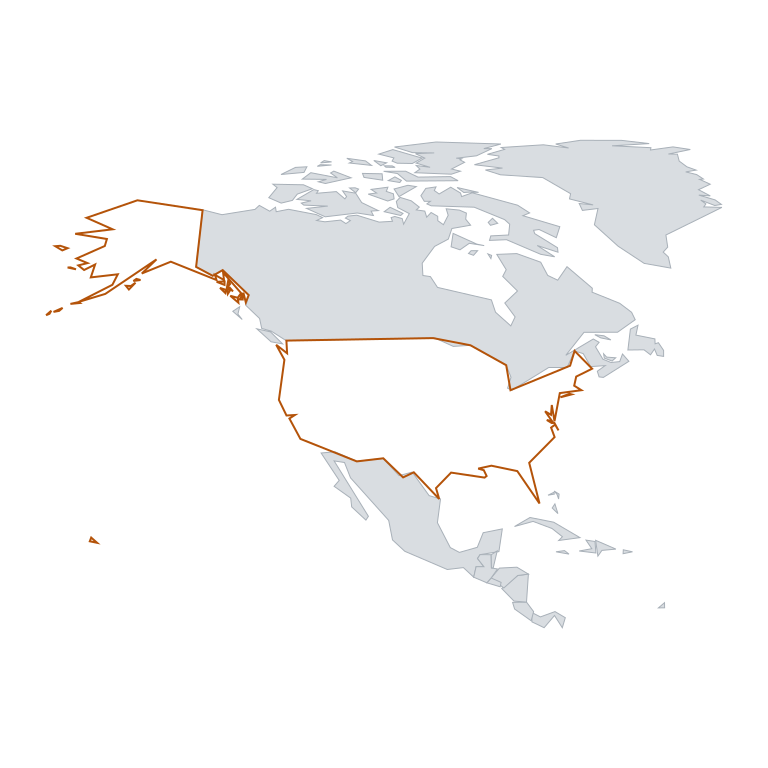 United States of America on a map of North America (Robinson projection)
{"feature_id": "USA", "entity_name": "United States of America", "entity_type": "country or territory", "adm_level": 0, "iso_a3": "USA", "parent_name": "North America", "parent_adm1": "", "projection": "robinson", "projection_center": [-126.716, 45.186], "detail": "medium", "context": "in_parent", "style": "outline", "palette": "amber", "viewbox_px": 768, "rotation_deg": 0, "n_neighbors": 17, "source": "natural_earth", "source_scale": "50m", "svg_char_len": 9319}
<svg xmlns="http://www.w3.org/2000/svg" viewBox="0 0 768 768"><path d="M286.1,340.6L271.2,331.1L261.7,328.4L259.6,318.5L246.0,305.5L248.8,295.0L222.7,270.1L212.7,275.8L196.1,266.8L202.7,209.8L222.0,214.7L255.0,209.4L259.3,205.4L269.7,211.2L275.5,207.2L276.2,211.7L288.5,209.3L316.3,214.6L322.6,217.6L316.6,220.5L324.9,221.8L340.6,220.1L345.9,223.6L350.4,220.6L345.4,218.1L348.0,216.1L356.8,215.2L379.1,222.1L392.5,221.3L391.1,217.6L394.8,216.5L402.2,218.6L403.6,224.2L409.3,213.6L397.8,207.6L396.3,201.5L400.1,197.4L411.2,200.8L419.3,207.1L416.3,209.9L424.8,211.1L426.7,217.2L431.1,212.5L437.7,216.3L437.8,220.7L443.4,224.7L448.2,215.3L446.2,208.8L459.4,210.1L466.4,213.1L465.7,219.2L470.6,225.2L451.9,228.5L448.3,239.1L434.6,246.4L422.2,263.2L422.9,275.5L430.4,276.6L437.5,287.4L491.4,299.9L495.5,312.2L510.8,325.9L515.1,316.9L504.8,303.0L517.5,291.0L502.7,276.4L506.2,269.7L496.8,254.4L516.8,253.6L540.7,262.2L547.7,275.4L557.7,280.2L567.0,266.7L592.3,288.2L592.1,292.2L619.7,303.3L631.6,312.3L635.2,319.7L617.6,332.2L584.0,332.3L565.8,355.3L593.3,339.0L599.1,342.3L595.5,346.8L602.9,359.2L611.0,362.5L619.7,361.6L622.5,354.0L628.9,361.3L603.4,377.4L599.1,376.9L597.3,371.2L605.2,365.6L590.7,366.6L583.2,353.6L574.6,351.0L567.1,367.5L548.7,367.5L511.9,390.2L507.6,388.2L511.0,377.3L506.2,365.2L470.5,345.3L453.3,346.4L434.9,338.0L286.1,340.6ZM468.5,253.5L471.1,250.7L477.6,250.7L473.5,255.3L468.5,253.5ZM463.8,192.5L457.1,187.5L478.6,192.4L469.5,192.1L463.8,192.5ZM490.9,258.6L487.9,253.9L491.6,255.4L490.9,258.6ZM401.4,180.4L399.8,182.5L388.3,180.6L394.9,176.9L401.4,180.4ZM395.1,167.4L385.9,167.2L384.3,165.8L392.2,165.9L395.1,167.4ZM373.8,160.5L386.6,162.8L380.8,165.7L373.8,160.5ZM458.1,180.7L406.5,181.1L397.4,173.5L383.6,171.3L405.6,171.2L418.0,177.1L450.5,176.6L458.1,180.7ZM320.2,164.7L331.5,165.0L317.3,166.3L320.2,164.7ZM324.2,160.6L331.6,161.9L320.6,162.9L324.2,160.6ZM638.0,325.2L635.9,335.1L654.9,338.9L655.1,343.8L658.4,342.7L663.6,350.4L663.6,356.4L657.2,355.4L654.5,349.0L650.5,354.8L644.0,349.8L627.9,350.0L630.4,329.1L638.0,325.2ZM453.1,233.4L476.8,244.1L484.2,245.6L469.3,243.3L460.0,249.8L451.1,246.8L453.1,233.4ZM461.6,196.6L472.2,192.8L517.6,205.2L529.6,212.9L522.9,215.7L559.8,226.7L556.3,237.7L539.1,229.5L533.6,230.3L534.7,233.6L557.5,247.7L558.0,252.2L537.2,245.5L554.7,256.8L540.7,254.3L506.5,239.7L489.5,240.4L490.8,235.9L508.6,235.0L509.7,224.2L504.6,219.6L474.2,207.2L431.2,205.8L426.9,203.9L430.4,201.3L424.3,201.3L420.9,195.7L425.8,188.4L436.0,186.9L434.3,190.5L439.1,194.0L450.7,187.2L460.5,193.0L461.6,196.6ZM394.1,189.0L407.9,185.3L416.3,186.6L399.0,196.6L394.1,189.0ZM281.0,174.5L295.5,167.4L306.9,166.8L304.0,172.4L281.0,174.5ZM232.8,311.3L239.7,306.7L237.9,314.1L242.2,319.5L232.8,311.3ZM346.8,158.3L365.5,160.9L371.5,165.4L349.3,163.0L352.6,161.5L346.8,158.3ZM282.6,343.9L271.1,341.8L256.8,328.8L270.5,331.9L282.6,343.9ZM272.9,184.2L303.5,184.8L312.4,188.7L297.3,194.1L292.4,200.4L281.2,203.1L268.8,197.7L277.1,187.6L272.9,184.2ZM333.8,171.1L351.1,177.8L325.4,183.5L318.4,181.8L326.5,179.4L302.3,179.1L310.8,172.7L337.4,177.8L330.6,173.0L333.8,171.1ZM342.6,190.9L355.7,193.2L361.7,202.6L378.3,210.6L371.1,211.1L373.4,215.5L357.2,213.0L325.2,216.8L306.6,208.4L327.8,206.1L303.8,205.1L301.3,203.1L311.1,200.8L296.9,199.4L313.8,189.6L318.3,190.7L316.5,193.3L336.3,191.6L344.9,198.9L346.6,196.6L342.6,190.9ZM376.6,193.0L371.1,189.4L387.9,187.2L386.3,191.4L393.4,193.8L394.1,198.9L387.7,201.0L368.2,194.1L376.6,193.0ZM349.6,188.0L355.1,187.8L358.6,189.1L355.7,192.7L349.6,188.0ZM362.5,173.4L382.1,173.8L382.7,180.2L364.0,177.4L362.5,173.4ZM378.8,154.1L392.8,149.6L422.1,158.1L412.3,163.5L397.2,163.2L392.1,161.1L393.9,157.9L378.8,154.1ZM394.5,147.0L436.1,142.0L500.9,144.0L483.8,148.6L491.9,148.6L476.5,155.8L456.2,158.2L461.9,158.8L459.9,159.8L464.6,162.3L451.6,169.0L460.4,171.2L451.4,174.2L414.8,172.7L419.9,169.1L416.2,165.5L430.1,167.3L416.2,163.1L424.8,158.1L415.5,153.7L434.2,152.9L412.4,152.6L394.5,147.0ZM497.7,223.3L490.5,225.3L488.2,222.4L492.5,218.3L497.7,223.3ZM390.1,207.3L403.0,213.4L400.7,215.5L384.2,211.7L390.1,207.3ZM594.8,334.7L604.0,335.8L610.9,339.9L600.8,337.9L594.8,334.7ZM603.6,353.8L606.6,357.1L615.7,357.8L612.1,361.0L604.3,358.1L603.6,353.8Z" fill="#d9dde1" stroke="#a8b0b8" stroke-width="1"/><path d="M595.0,541.5L595.9,553.0L579.2,551.0L591.8,548.7L586.0,540.1L595.0,541.5Z" fill="#d9dde1" stroke="#a8b0b8" stroke-width="1"/><path d="M597.9,556.1L595.6,540.3L615.9,549.1L601.9,550.4L597.9,556.1Z" fill="#d9dde1" stroke="#a8b0b8" stroke-width="1"/><path d="M548.0,495.2L553.9,492.3L554.3,494.1L548.0,495.2ZM554.1,491.0L559.1,494.1L558.6,499.0L557.1,494.5L554.1,491.0ZM552.2,508.0L554.9,503.9L557.9,513.6L552.2,508.0Z" fill="#d9dde1" stroke="#a8b0b8" stroke-width="1"/><path d="M555.7,144.0L580.4,140.3L621.8,140.4L649.2,143.6L612.1,145.8L650.9,147.7L650.5,150.0L673.0,146.9L690.3,149.5L668.4,154.0L677.4,154.2L679.2,161.1L686.9,166.8L696.1,170.1L685.7,171.9L696.7,174.6L703.4,179.0L699.6,179.4L710.2,184.2L698.5,189.7L710.3,195.9L698.8,195.1L715.1,199.9L721.4,204.4L714.8,205.5L700.7,200.1L705.9,203.9L703.8,206.9L721.9,207.4L665.9,235.0L667.7,247.1L663.2,252.1L668.3,256.9L670.8,268.1L644.2,263.4L618.1,246.2L594.4,224.8L598.0,208.5L582.4,210.4L579.2,203.5L593.1,204.9L569.5,198.9L570.6,193.7L542.8,177.6L500.5,174.8L485.4,170.0L502.5,168.1L474.4,164.7L498.9,157.8L498.9,156.0L487.4,154.3L504.6,149.4L501.3,147.5L543.4,144.8L568.6,148.0L555.7,144.0Z" fill="#d9dde1" stroke="#a8b0b8" stroke-width="1"/><path d="M321.1,453.0L335.0,451.8L356.9,461.3L383.0,458.4L399.0,475.6L412.2,472.1L429.1,495.6L440.5,499.0L437.4,522.7L450.3,547.6L459.4,552.4L477.3,547.3L483.2,532.7L502.3,528.9L498.9,551.6L480.1,554.6L477.5,558.5L483.9,566.7L476.1,566.7L473.7,577.2L463.4,567.6L447.3,569.5L404.8,551.3L392.5,539.9L388.7,520.4L350.5,477.8L344.5,462.5L334.1,460.9L368.4,516.3L365.9,520.1L351.7,506.9L350.7,498.1L334.1,486.3L339.2,480.4L321.1,453.0Z" fill="#d9dde1" stroke="#a8b0b8" stroke-width="1"/><path d="M565.3,617.7L562.3,627.7L554.5,615.5L544.1,627.7L532.0,621.9L531.2,612.2L540.4,616.9L555.0,611.6L565.3,617.7Z" fill="#d9dde1" stroke="#a8b0b8" stroke-width="1"/><path d="M533.6,611.6L531.2,620.8L514.6,609.0L512.6,602.4L526.5,602.1L533.6,611.6Z" fill="#d9dde1" stroke="#a8b0b8" stroke-width="1"/><path d="M526.5,602.1L514.0,601.1L501.7,588.5L517.7,575.5L528.4,574.1L526.5,602.1Z" fill="#d9dde1" stroke="#a8b0b8" stroke-width="1"/><path d="M528.4,574.1L517.7,575.5L503.8,588.0L491.1,578.0L499.4,568.1L516.9,567.2L528.4,574.1Z" fill="#d9dde1" stroke="#a8b0b8" stroke-width="1"/><path d="M491.1,578.0L501.1,582.4L500.2,586.8L486.8,582.8L491.1,578.0Z" fill="#d9dde1" stroke="#a8b0b8" stroke-width="1"/><path d="M473.7,577.2L476.1,566.7L483.9,566.7L477.5,558.5L480.1,554.6L491.2,554.7L491.4,567.9L497.5,569.0L491.1,578.0L486.8,582.8L473.7,577.2Z" fill="#d9dde1" stroke="#a8b0b8" stroke-width="1"/><path d="M491.2,554.7L497.2,550.9L493.2,567.9L491.4,567.9L491.2,554.7Z" fill="#d9dde1" stroke="#a8b0b8" stroke-width="1"/><path d="M623.3,549.8L632.5,551.8L623.1,553.7L623.3,549.8Z" fill="#d9dde1" stroke="#a8b0b8" stroke-width="1"/><path d="M556.0,551.8L564.5,550.6L569.0,554.1L556.0,551.8Z" fill="#d9dde1" stroke="#a8b0b8" stroke-width="1"/><path d="M530.0,517.5L553.7,522.2L579.9,537.6L558.7,540.5L562.4,536.7L552.0,528.5L533.1,521.4L514.5,526.5L530.0,517.5Z" fill="#d9dde1" stroke="#a8b0b8" stroke-width="1"/><path d="M658.4,607.9L664.5,602.7L664.6,607.8L658.4,607.9Z" fill="#d9dde1" stroke="#a8b0b8" stroke-width="1"/><path d="M510.5,390.2L570.1,365.7L574.6,350.9L592.1,368.7L576.2,376.6L574.2,385.7L581.4,390.2L559.8,393.1L554.5,421.2L551.8,405.0L551.0,414.8L545.1,411.3L552.6,421.9L552.0,422.3L550.4,420.8L546.8,420.0L551.7,423.0L554.4,422.9L558.5,430.4L555.1,424.6L551.1,427.6L554.6,437.1L529.2,462.8L539.5,503.5L517.3,471.1L491.4,465.7L478.2,468.6L483.8,470.2L486.6,476.0L484.6,477.6L451.1,472.6L436.0,488.1L439.2,499.0L413.8,472.3L403.1,477.4L383.3,458.3L356.8,461.4L300.4,438.9L289.4,418.5L294.9,415.0L286.5,415.5L278.9,399.9L284.4,359.8L276.2,344.8L287.1,353.3L286.4,340.6L433.1,338.1L470.5,345.3L506.2,365.2L510.5,390.2ZM248.7,295.1L245.8,302.4L243.7,293.9L239.9,295.2L238.1,297.2L241.1,293.1L223.1,272.5L224.0,280.0L215.0,274.9L216.5,280.0L170.8,261.7L141.8,273.5L156.5,259.4L105.3,293.9L78.8,301.9L112.4,284.8L117.8,274.3L90.8,277.4L95.1,264.5L84.1,270.0L78.3,265.4L87.5,263.1L76.5,258.5L104.8,246.0L106.9,239.0L75.2,233.8L112.6,229.3L86.6,217.8L137.4,200.3L202.6,210.2L196.1,266.9L212.7,275.8L222.7,270.1L248.7,295.1ZM135.5,282.7L128.9,289.5L125.9,285.8L130.9,286.0L135.5,282.7ZM230.3,295.8L237.8,297.8L238.4,302.7L230.3,295.8ZM97.1,542.8L89.8,541.3L91.2,537.6L97.1,542.8ZM55.3,246.2L60.3,245.8L67.6,248.2L62.3,250.4L55.3,246.2ZM216.6,281.8L224.6,281.5L224.5,284.9L216.6,281.8ZM70.5,267.4L76.0,269.3L67.6,267.5L70.5,267.4ZM220.0,287.9L225.8,289.8L225.3,293.0L220.0,287.9ZM226.9,287.6L228.2,280.7L230.1,284.0L226.9,287.6ZM70.4,303.9L78.6,302.1L79.9,303.0L70.4,303.9ZM242.5,294.7L242.7,299.5L239.6,299.4L242.5,294.7ZM569.4,393.8L571.6,394.4L560.4,397.3L569.4,393.8ZM229.7,287.6L233.0,291.4L229.1,287.9L229.7,287.6ZM53.5,311.9L62.6,307.9L59.1,310.9L53.5,311.9ZM136.4,278.9L140.5,280.0L133.4,281.0L136.4,278.9ZM227.1,289.0L230.2,290.2L227.8,293.9L227.1,289.0ZM51.3,310.7L49.5,313.8L46.1,315.2L51.3,310.7Z" fill="none" stroke="#b45309" stroke-width="2"/></svg>